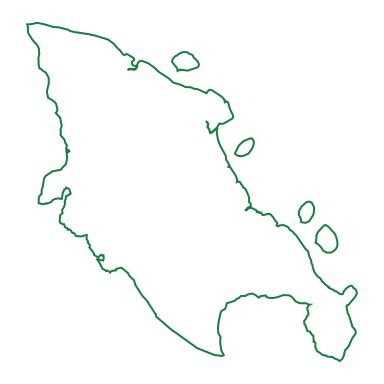 North East Malekula, Malampa, Vanuatu
{"feature_id": "77236927B6539808470139", "entity_name": "North East Malekula", "entity_type": "district", "adm_level": 2, "iso_a3": "VUT", "parent_name": "Vanuatu", "parent_adm1": "Malampa", "projection": "robinson", "projection_center": [167.325, -15.963], "detail": "fine", "context": "isolated", "style": "outline", "palette": "green", "viewbox_px": 384, "rotation_deg": 0, "n_neighbors": 0, "source": "geoboundaries", "source_scale": "gbopen_adm2", "svg_char_len": 5896}
<svg xmlns="http://www.w3.org/2000/svg" viewBox="0 0 384 384"><path d="M339.7,361.0L342.0,359.2L342.9,357.8L343.8,355.7L344.9,350.6L348.7,346.3L352.1,338.5L355.7,333.5L355.6,330.9L354.1,328.5L352.6,327.2L349.1,315.6L347.7,313.4L346.5,306.1L346.8,305.4L348.3,305.1L355.3,296.8L356.7,293.5L356.8,291.9L356.2,290.5L354.7,288.6L353.2,287.8L352.4,286.3L351.4,285.7L350.7,285.7L347.9,287.1L345.9,288.9L343.9,291.2L342.9,293.8L341.8,294.3L339.5,293.8L336.7,291.6L335.2,291.2L332.5,289.4L330.0,288.5L329.2,287.3L328.5,287.5L328.0,286.6L324.6,283.9L323.6,282.4L322.5,282.0L320.3,278.4L317.2,276.0L314.3,271.9L313.5,269.2L312.8,267.9L312.5,264.9L311.5,263.4L311.2,260.6L309.0,255.5L308.1,251.4L305.4,248.8L296.4,235.7L292.2,231.3L290.1,230.0L288.2,227.4L286.7,226.3L282.6,224.8L281.4,225.3L279.7,225.3L278.5,226.3L277.1,226.0L276.6,225.5L277.2,223.5L276.6,221.9L275.4,220.8L272.8,216.8L270.1,214.0L268.5,213.8L263.3,215.1L262.4,214.9L262.0,213.8L261.1,213.1L260.8,212.4L259.8,212.2L259.4,212.9L257.9,212.0L256.9,212.2L256.6,211.7L257.2,211.1L255.3,209.7L251.2,207.8L248.2,208.1L247.7,209.3L246.1,210.4L245.7,210.2L247.5,207.9L250.2,206.5L250.9,205.8L250.6,203.4L249.0,202.0L249.1,198.0L248.2,194.9L246.0,189.9L244.6,188.1L242.9,187.5L242.9,186.3L241.0,184.1L240.5,182.5L239.1,181.8L237.8,181.6L237.0,182.0L237.4,180.4L236.7,179.4L236.6,177.6L235.4,175.2L229.8,166.5L229.2,166.3L228.8,167.0L228.3,166.8L229.3,165.0L226.1,159.7L225.7,155.7L220.3,145.9L218.1,140.4L216.8,133.1L216.8,130.1L217.3,128.8L216.6,128.7L211.2,133.1L210.2,132.9L209.5,131.4L209.3,129.5L207.5,127.2L207.4,126.3L208.1,124.7L207.7,123.3L205.9,121.0L207.5,122.5L208.3,124.1L208.3,125.2L207.6,127.1L209.4,129.3L209.7,131.5L211.5,132.5L217.0,127.5L219.4,123.5L221.0,124.0L223.9,123.4L232.5,118.5L233.2,116.7L233.1,115.6L230.0,109.1L228.1,102.5L226.5,101.4L225.8,101.4L224.9,102.3L224.5,101.5L224.5,99.7L221.8,96.7L212.1,90.3L210.0,89.7L209.0,90.0L207.1,92.2L206.7,93.1L206.2,93.2L198.0,89.3L193.9,88.7L190.8,87.3L185.6,87.1L180.8,84.8L173.1,82.5L168.9,78.5L158.7,71.8L154.1,67.4L148.2,63.2L142.5,61.1L140.1,60.8L138.3,62.3L137.0,65.0L137.4,65.8L137.2,66.9L135.7,69.1L134.8,69.7L129.6,69.3L128.9,69.4L128.0,70.5L128.3,69.5L128.9,68.9L135.0,68.9L136.7,67.3L137.0,65.6L135.9,65.9L133.5,65.6L132.9,65.3L131.9,63.5L132.1,61.6L133.5,60.7L134.2,59.6L133.5,58.0L127.1,54.1L126.1,54.1L124.5,55.2L123.9,54.9L122.5,53.9L120.1,50.5L117.9,48.6L113.8,43.8L108.0,39.5L93.4,35.1L91.9,35.2L90.0,34.4L74.1,32.0L70.1,31.0L67.8,29.6L58.0,27.2L53.7,27.1L44.7,24.4L38.7,23.1L36.4,23.0L30.9,24.2L27.2,24.4L27.9,26.9L27.9,31.8L28.7,33.9L33.2,40.9L36.9,44.6L38.8,48.3L39.3,54.0L38.5,57.8L38.6,64.4L39.5,68.5L41.0,69.0L42.6,70.6L45.8,72.6L48.6,77.6L48.8,83.3L47.1,90.3L47.1,93.2L48.2,97.9L51.4,99.6L54.7,102.1L56.1,103.8L57.5,110.1L56.9,111.6L55.7,113.0L60.1,117.6L61.7,126.0L60.5,129.7L60.8,131.7L60.6,135.2L64.0,139.2L64.9,140.6L64.8,142.1L67.0,145.5L66.1,147.8L66.4,150.8L67.9,149.6L69.4,151.2L66.6,153.1L67.2,157.8L65.9,164.1L62.7,167.3L61.0,169.7L52.3,171.4L45.7,175.9L44.1,178.3L42.8,186.6L41.6,190.1L41.7,193.7L41.0,194.1L38.8,197.4L38.6,203.3L44.0,204.2L46.2,203.2L46.8,203.7L50.9,202.2L52.6,200.2L54.9,199.0L58.9,198.3L60.1,198.9L61.8,198.8L62.9,192.3L63.6,191.5L64.0,189.9L65.7,188.7L66.2,187.6L69.3,189.1L70.7,193.7L69.2,194.4L68.8,195.1L65.9,196.2L65.8,198.4L64.6,201.8L65.2,202.8L64.8,204.3L64.1,206.7L62.1,209.9L62.5,213.3L60.5,214.8L60.1,215.5L59.7,221.0L60.2,222.9L61.5,223.3L62.3,224.2L64.0,224.2L65.2,227.4L66.6,227.8L68.1,229.0L67.9,229.6L69.4,229.3L71.2,230.7L71.8,232.3L72.6,233.0L73.7,232.9L75.0,234.2L75.7,235.7L76.4,236.1L77.8,235.9L80.0,236.6L86.8,235.0L86.5,238.8L88.1,241.4L87.8,242.5L89.4,244.4L90.0,246.8L89.4,247.5L93.0,252.0L94.0,253.6L94.0,254.7L97.4,257.2L98.9,256.9L99.6,255.8L101.5,254.8L102.2,255.7L103.4,255.3L103.8,257.9L103.2,260.5L101.0,260.2L98.4,259.1L97.2,259.5L99.8,263.3L102.5,268.8L105.7,270.3L106.1,271.1L107.5,270.6L110.1,272.4L110.1,271.7L112.0,271.0L115.1,270.3L115.8,270.5L116.3,268.9L121.5,267.7L127.8,272.9L129.7,276.3L134.0,280.2L135.5,285.2L142.1,295.5L146.9,300.7L156.0,314.9L156.2,316.6L172.9,331.0L173.4,331.0L197.3,348.2L214.2,354.9L221.8,356.0L223.8,355.2L221.3,350.5L220.2,342.8L220.5,337.1L218.2,332.7L218.0,327.2L218.4,323.3L220.2,314.2L221.4,311.0L225.2,308.9L226.9,303.2L234.6,300.9L236.7,299.0L238.6,298.2L241.4,295.8L245.1,296.1L247.4,294.6L252.2,293.5L255.3,294.9L258.8,297.7L260.5,296.1L265.8,295.5L266.2,296.9L269.8,298.0L273.2,298.0L278.3,296.9L283.2,295.1L288.6,295.3L290.9,296.2L294.4,299.6L294.6,300.7L299.2,303.2L306.2,303.3L308.4,304.5L309.9,304.6L308.8,305.2L307.2,307.8L307.4,309.6L308.4,312.7L308.4,314.8L307.1,316.0L306.0,318.7L304.2,320.8L304.4,324.3L305.4,325.1L307.4,331.0L310.2,331.8L311.3,334.0L313.3,335.9L313.6,339.4L314.0,340.5L313.5,341.7L315.1,342.4L315.4,342.9L315.3,347.2L317.2,351.2L319.9,352.8L321.8,354.5L324.6,355.5L325.9,355.4L327.0,356.5L333.1,357.2L334.2,358.4L337.2,359.4L339.7,361.0ZM316.5,238.2L315.6,242.8L317.6,243.9L320.6,246.7L323.3,250.8L326.8,252.6L330.2,252.7L332.3,252.0L335.7,249.4L337.4,245.9L337.4,241.9L336.3,237.2L334.8,233.7L328.4,226.7L325.9,225.1L324.8,225.1L323.7,225.8L318.9,230.9L317.4,233.1L316.3,236.0L316.5,238.2ZM187.4,70.7L197.0,67.6L198.5,66.5L198.8,65.4L198.9,64.0L197.7,61.4L193.3,57.0L193.1,55.8L191.8,54.6L189.3,53.8L187.6,52.4L184.2,51.9L180.5,53.0L178.4,54.2L177.0,55.5L175.5,56.0L172.7,59.0L172.1,61.3L172.4,62.4L177.2,68.4L177.6,71.0L180.3,69.5L180.8,70.0L183.3,69.9L187.4,70.7ZM313.7,213.4L314.1,209.3L313.8,206.6L311.8,202.9L310.3,201.9L308.8,201.6L306.6,202.1L304.7,203.6L301.6,206.5L299.0,211.2L298.9,215.0L301.0,219.0L301.1,222.2L305.6,222.8L308.7,221.5L309.6,220.7L312.8,215.6L313.7,213.4ZM252.6,139.1L251.4,138.2L249.7,138.6L243.7,141.0L238.9,145.4L235.0,153.3L235.2,154.0L237.7,155.7L240.6,156.2L244.0,155.7L248.4,153.6L251.2,150.1L253.3,146.1L253.9,141.4L252.6,139.1Z" fill="none" stroke="#15803d" stroke-width="2"/></svg>